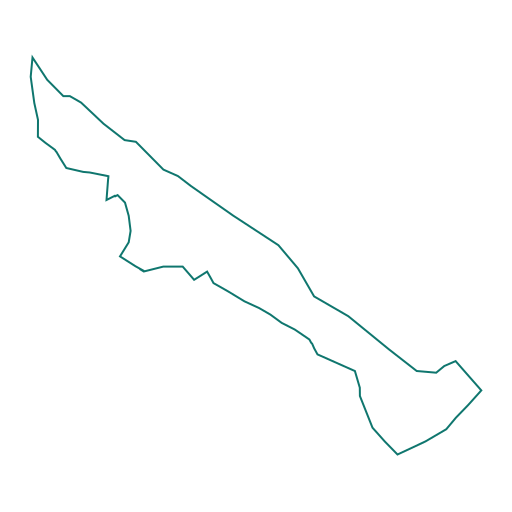 the district of Ferap, Chardzhou, Turkmenistan
{"feature_id": "10190150B85284171000924", "entity_name": "Ferap", "entity_type": "district", "adm_level": 2, "iso_a3": "TKM", "parent_name": "Turkmenistan", "parent_adm1": "Chardzhou", "projection": "equal_earth", "projection_center": [63.283, 39.35], "detail": "fine", "context": "isolated", "style": "outline", "palette": "teal", "viewbox_px": 512, "rotation_deg": 0, "n_neighbors": 0, "source": "geoboundaries", "source_scale": "gbopen_adm2", "svg_char_len": 1172}
<svg xmlns="http://www.w3.org/2000/svg" viewBox="0 0 512 512"><path d="M45.5,142.9L55.0,149.9L55.9,151.4L56.4,151.8L60.4,158.6L66.3,168.0L83.2,171.9L89.8,172.5L108.4,176.2L108.3,177.8L108.1,179.3L106.5,200.0L114.8,195.8L115.2,196.3L117.6,195.1L125.0,202.6L128.7,215.8L130.6,230.9L128.7,242.3L120.0,256.4L135.4,266.2L143.5,270.7L142.5,270.7L143.8,271.5L163.3,266.6L181.1,266.6L182.7,266.6L186.5,271.0L194.1,279.8L195.1,279.2L207.1,271.6L211.0,278.5L213.5,283.1L214.9,283.9L228.1,291.4L239.0,298.0L244.4,301.3L253.1,305.3L259.0,308.0L270.4,314.6L281.7,322.9L289.2,326.7L289.8,327.0L294.7,329.5L309.4,339.5L311.2,342.8L312.1,343.6L314.2,348.4L317.5,354.4L352.8,370.1L354.9,371.0L357.8,380.9L359.8,387.7L359.9,396.0L372.5,427.7L384.8,441.5L397.5,454.5L425.7,441.3L426.0,441.1L446.3,429.2L455.9,417.7L468.1,405.1L481.3,390.4L455.6,361.1L444.3,366.0L436.2,372.7L416.7,371.0L389.0,349.4L348.3,316.2L314.1,296.4L297.9,268.3L278.4,245.2L233.0,215.5L190.9,186.0L178.0,176.1L163.4,169.6L135.9,141.8L124.6,140.1L103.6,123.8L81.1,102.6L69.8,96.1L63.3,96.1L47.2,79.8L32.5,57.5L30.7,76.8L34.3,103.0L38.0,119.9L37.9,136.8L45.5,142.9Z" fill="none" stroke="#0f766e" stroke-width="2"/></svg>